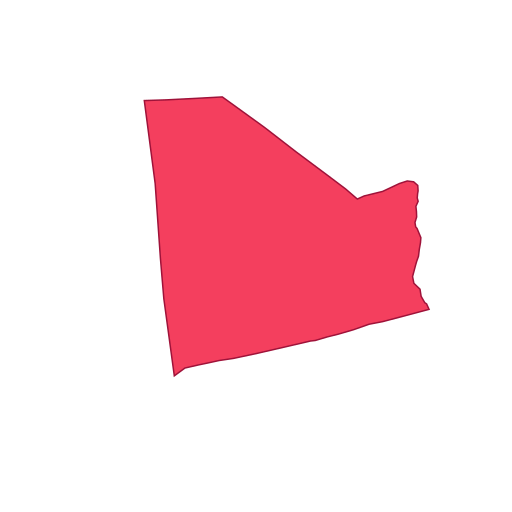 Magta lahjar, Brakna, Mauritania (Mercator projection), rotated 301°
{"feature_id": "47542326B18376526841546", "entity_name": "Magta lahjar", "entity_type": "district", "adm_level": 2, "iso_a3": "MRT", "parent_name": "Mauritania", "parent_adm1": "Brakna", "projection": "mercator", "projection_center": [-12.791, 17.745], "detail": "fine", "context": "isolated", "style": "filled", "palette": "rose", "viewbox_px": 512, "rotation_deg": 301, "n_neighbors": 0, "source": "geoboundaries", "source_scale": "gbopen_adm2", "svg_char_len": 853}
<svg xmlns="http://www.w3.org/2000/svg" viewBox="0 0 512 512"><g transform="rotate(301 256 256)"><path d="M299.4,431.8L302.8,426.9L302.9,424.7L306.5,418.3L312.0,413.7L313.9,405.4L319.0,400.8L327.6,398.3L330.0,397.6L334.1,396.5L339.5,395.4L345.7,392.6L352.2,390.1L356.6,387.9L362.6,379.8L363.2,377.9L366.6,375.0L372.2,373.6L376.8,370.6L380.9,367.5L386.4,366.8L388.8,364.3L392.7,362.4L395.3,361.4L399.8,358.3L400.8,352.9L398.2,347.0L392.0,341.6L376.6,331.3L363.2,317.8L357.0,313.5L359.6,298.4L361.6,279.5L365.9,236.8L370.6,197.0L375.0,145.2L360.3,123.5L343.5,98.5L331.7,80.2L266.1,132.3L204.6,175.4L171.9,199.0L111.2,247.7L123.4,252.8L133.1,262.9L139.2,269.5L147.4,278.2L156.6,289.4L173.6,307.6L211.2,346.5L214.1,350.3L223.3,358.7L231.5,366.9L243.1,377.6L255.7,388.0L265.0,398.4L299.4,431.8Z" fill="#f43f5e" stroke="#9f1239" stroke-width="1.5"/></g></svg>